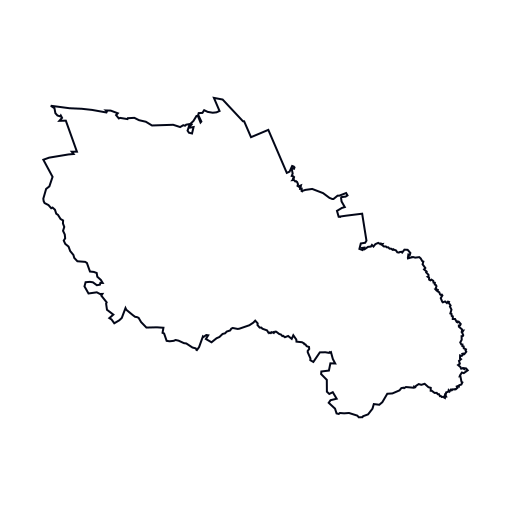 Rudbāržu pag., Skrundas, Latvia (Mercator projection), rotated 273°
{"feature_id": "27541924B63960792537365", "entity_name": "Rudbāržu pag.", "entity_type": "district", "adm_level": 2, "iso_a3": "LVA", "parent_name": "Latvia", "parent_adm1": "Skrundas", "projection": "mercator", "projection_center": [21.868, 56.65], "detail": "fine", "context": "isolated", "style": "outline", "palette": "ink", "viewbox_px": 512, "rotation_deg": 273, "n_neighbors": 0, "source": "geoboundaries", "source_scale": "gbopen_adm2", "svg_char_len": 6106}
<svg xmlns="http://www.w3.org/2000/svg" viewBox="0 0 512 512"><g transform="rotate(273 256 256)"><path d="M178.8,150.3L179.6,160.7L179.5,167.3L174.4,166.7L173.8,168.3L166.6,171.2L166.3,174.2L167.0,178.3L167.9,180.1L167.4,183.1L165.2,188.6L165.0,191.0L161.3,197.3L160.6,200.6L159.2,201.7L158.2,201.4L162.0,203.9L172.9,207.2L172.4,207.8L174.5,210.5L174.3,212.4L170.5,210.3L167.5,216.1L171.8,220.9L173.2,223.7L176.4,226.7L177.2,229.2L179.0,230.7L180.3,234.1L182.1,235.1L182.9,236.5L182.2,241.5L182.5,243.1L186.5,253.0L189.3,256.8L191.4,258.6L188.8,261.2L187.1,261.1L184.7,263.4L184.8,265.1L183.7,266.2L182.3,270.9L180.1,272.4L180.2,273.2L179.8,273.3L180.2,274.1L179.8,274.8L180.6,275.4L180.3,275.8L180.7,276.8L180.2,277.6L180.9,277.8L180.7,278.5L181.5,279.1L181.5,280.1L179.3,283.3L178.9,285.0L177.4,286.5L177.7,287.3L176.4,289.1L177.8,292.3L175.1,296.0L178.8,297.4L174.7,300.6L172.6,300.9L172.3,306.4L171.2,308.6L170.4,308.9L170.3,310.0L168.6,311.3L167.9,313.7L165.9,314.0L163.9,312.6L162.6,312.7L156.6,315.7L154.8,315.7L153.2,318.8L163.1,324.8L163.5,330.4L163.1,333.7L163.8,334.6L163.3,335.0L163.9,335.9L157.2,338.1L152.8,340.7L152.7,335.9L145.4,334.8L144.1,327.3L141.5,327.2L136.0,333.2L124.2,333.9L122.1,336.4L124.0,339.8L117.7,344.0L115.9,338.0L113.2,336.3L107.7,342.9L103.0,344.7L102.6,346.9L103.6,348.0L103.5,352.3L104.1,357.1L101.9,365.5L100.3,367.1L100.6,370.7L101.6,371.3L103.7,376.2L109.6,380.3L114.3,381.4L113.9,386.9L116.6,389.8L125.3,394.3L125.9,399.4L129.3,406.3L131.7,408.1L132.2,410.3L131.8,410.8L133.0,412.6L132.7,420.5L133.9,420.7L133.4,422.0L134.7,422.6L136.6,425.2L136.0,427.8L137.2,431.1L134.0,435.1L133.5,437.4L130.6,437.5L130.6,438.6L128.6,441.5L128.8,443.6L127.5,444.7L127.6,445.9L125.7,447.0L125.9,447.8L124.9,448.9L125.4,451.3L124.5,451.3L124.1,452.1L125.2,452.2L125.5,453.3L126.8,452.6L126.6,451.9L128.0,452.1L128.4,453.0L129.7,453.0L130.6,455.2L131.9,455.4L130.8,456.4L132.9,457.6L132.9,458.6L132.4,458.8L133.2,459.6L133.1,461.1L133.6,461.8L133.3,462.4L134.8,464.0L136.2,463.3L136.7,464.4L136.2,465.4L137.6,465.7L138.4,467.8L140.6,468.7L141.1,467.8L146.6,466.4L146.5,465.7L147.5,466.0L150.4,467.7L149.9,469.6L152.9,473.4L154.7,471.7L154.9,469.3L154.1,469.6L154.7,468.1L154.2,466.8L155.9,465.9L157.7,463.5L159.1,465.2L161.9,464.2L163.7,466.1L164.4,465.1L167.4,465.0L167.0,466.7L168.2,467.7L169.1,467.2L169.4,468.0L168.7,468.5L168.8,469.1L171.4,471.0L172.6,470.2L173.7,470.6L174.7,468.3L176.5,468.1L176.8,466.8L178.4,466.8L178.5,465.6L180.4,464.5L183.1,465.8L186.7,465.5L186.9,466.7L187.8,467.1L190.3,465.8L192.0,466.7L191.6,465.5L193.3,465.8L196.0,462.3L197.2,462.2L197.5,463.5L198.8,464.0L201.0,461.9L201.2,461.0L200.3,460.7L200.6,459.9L203.5,458.1L203.4,455.8L206.0,455.7L206.4,454.6L208.5,454.2L208.8,453.1L212.7,454.0L215.7,452.3L216.8,452.9L219.4,450.8L220.2,451.1L220.5,450.1L219.0,449.1L220.5,447.2L219.5,445.0L220.2,444.3L223.6,442.7L226.4,444.2L227.1,443.6L226.6,443.0L227.3,441.8L229.4,440.9L230.2,439.2L231.4,439.3L231.1,438.0L232.1,437.0L232.4,438.0L233.3,437.2L235.2,437.8L236.2,437.4L236.9,436.0L238.6,436.0L238.7,434.7L240.5,434.3L241.6,432.4L240.8,431.4L241.5,430.1L243.3,430.0L244.2,428.6L244.6,429.4L246.3,429.2L248.5,426.8L249.4,427.2L251.4,424.5L252.9,425.7L256.4,422.8L259.2,423.4L259.6,422.3L262.2,420.6L263.4,419.1L262.7,415.1L263.2,412.8L262.8,411.9L263.6,411.0L262.8,411.5L261.6,407.9L262.2,407.8L262.9,408.9L263.5,407.9L265.5,408.1L265.1,409.5L267.1,410.0L270.1,407.1L270.1,403.9L267.1,401.8L267.8,401.1L267.5,399.4L266.9,398.5L267.1,396.9L268.9,395.5L269.5,393.6L269.3,392.6L269.9,392.5L269.7,391.5L270.4,390.5L270.3,389.0L271.6,387.6L271.5,386.2L272.3,385.2L272.2,383.2L273.6,381.3L274.6,381.8L274.3,379.9L275.0,379.8L274.8,378.6L275.5,377.4L274.1,374.6L271.6,372.8L273.1,371.2L271.4,370.2L271.0,367.4L268.3,363.9L268.5,363.3L270.0,363.6L269.6,361.6L268.3,362.5L267.5,362.1L268.5,358.9L274.0,360.0L274.9,364.3L277.1,365.5L303.8,359.8L301.0,344.0L299.8,337.9L299.5,337.9L299.5,336.5L305.3,334.5L308.5,339.3L309.5,342.1L314.9,338.6L318.4,337.9L319.3,338.3L320.0,342.4L321.3,344.2L323.6,342.7L320.6,336.0L320.5,334.3L317.0,330.4L316.9,329.1L317.9,326.3L322.3,319.7L325.9,308.6L324.6,301.9L323.6,299.2L323.0,298.8L323.3,298.1L325.6,298.1L325.4,296.6L326.8,296.9L326.5,295.3L327.0,296.6L328.8,297.1L328.3,296.0L327.2,295.6L328.2,293.8L329.9,294.2L332.0,293.2L332.8,292.1L332.5,291.3L333.9,289.9L333.7,288.5L334.8,289.3L335.3,288.2L335.4,289.5L336.8,289.9L337.5,289.1L337.8,287.5L340.3,288.3L344.5,287.2L345.4,287.8L345.1,289.4L346.5,289.8L347.3,289.0L347.8,287.4L342.0,285.1L340.6,282.4L382.6,261.7L374.4,244.8L389.9,237.1L389.9,235.9L410.5,214.5L411.7,205.7L398.9,212.0L397.4,209.0L396.8,205.3L397.4,200.2L398.9,196.6L396.1,195.0L395.7,191.3L393.9,190.9L387.4,194.4L386.4,193.6L392.3,190.9L392.9,190.1L392.7,189.2L387.5,186.4L385.1,184.1L384.1,184.9L381.5,182.5L380.7,183.2L381.5,186.9L375.0,185.7L375.6,182.6L377.6,181.1L382.4,182.4L383.0,183.4L384.2,182.5L383.5,179.4L382.4,178.3L382.8,176.5L380.8,173.5L382.7,166.4L380.9,145.3L384.3,139.0L385.5,132.1L387.6,127.3L386.9,120.8L386.0,120.5L386.8,113.1L386.2,111.8L389.4,108.9L391.3,110.5L393.6,103.3L393.5,98.6L392.7,99.6L391.5,99.1L393.3,84.7L393.9,74.2L393.8,62.1L395.3,43.2L393.0,47.0L388.1,48.2L385.9,50.4L385.2,53.2L386.1,53.7L383.8,55.1L380.7,52.6L381.2,59.0L350.8,71.7L350.5,66.6L348.3,68.5L347.6,63.4L343.4,44.3L341.0,38.6L324.4,48.7L314.7,46.0L312.0,42.9L302.1,40.6L299.6,41.1L297.8,42.1L296.0,46.1L293.0,49.0L293.7,50.3L291.7,52.8L287.8,54.3L286.7,56.1L282.7,58.9L281.4,61.5L278.4,61.5L275.0,63.0L271.0,62.0L267.5,63.9L263.7,64.5L261.3,63.2L258.1,64.9L255.6,68.3L251.2,70.2L247.5,73.6L244.6,74.6L241.4,77.9L241.2,85.7L240.2,87.5L231.8,91.0L231.6,94.9L230.7,97.8L227.0,98.6L224.0,102.3L221.1,104.3L221.0,102.0L219.2,101.6L218.5,98.6L221.2,94.5L221.5,91.5L220.9,87.2L216.7,86.3L209.8,90.7L211.4,98.9L209.9,102.2L210.1,104.6L208.3,103.6L201.9,109.3L200.6,108.8L194.5,110.0L190.0,116.6L186.3,112.8L185.0,115.1L181.4,118.0L184.6,122.8L187.1,125.2L197.2,128.4L195.5,129.3L190.5,136.1L188.9,138.5L188.8,140.1L188.1,142.0L184.0,144.7L178.8,150.3Z" fill="none" stroke="#020617" stroke-width="2"/></g></svg>